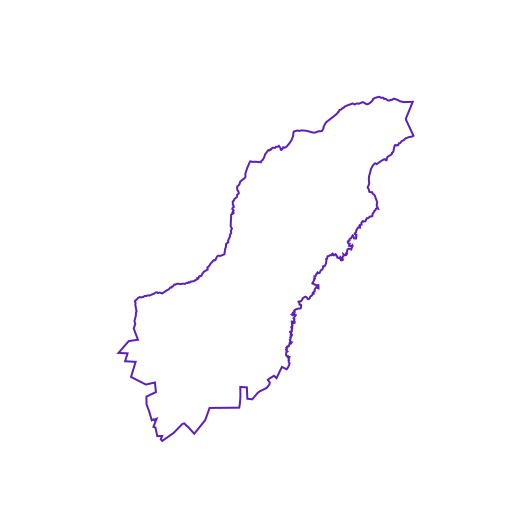 Nyanga, Manicaland, Zimbabwe, rotated 26°
{"feature_id": "62879985B16821678583413", "entity_name": "Nyanga", "entity_type": "district", "adm_level": 2, "iso_a3": "ZWE", "parent_name": "Zimbabwe", "parent_adm1": "Manicaland", "projection": "natural_earth1", "projection_center": [32.82, -17.911], "detail": "fine", "context": "isolated", "style": "outline", "palette": "violet", "viewbox_px": 512, "rotation_deg": 26, "n_neighbors": 0, "source": "geoboundaries", "source_scale": "gbopen_adm2", "svg_char_len": 6112}
<svg xmlns="http://www.w3.org/2000/svg" viewBox="0 0 512 512"><g transform="rotate(26 256 256)"><path d="M184.5,408.0L194.2,403.9L196.7,419.5L213.4,419.8L220.6,414.0L225.7,422.2L219.1,430.4L222.7,437.4L228.2,442.6L234.3,449.4L235.4,447.8L237.0,448.3L236.6,447.4L238.0,445.8L238.7,454.5L240.8,454.3L246.3,461.2L250.5,458.9L250.8,462.5L252.8,463.3L259.5,451.2L263.4,439.4L264.9,437.9L268.6,439.2L269.1,439.1L278.4,442.8L282.3,425.9L280.9,412.9L307.4,399.7L306.2,395.7L303.6,389.2L299.3,380.6L305.4,378.1L310.8,388.1L315.5,386.4L317.4,378.6L318.6,376.1L323.4,369.9L324.4,365.7L323.8,363.6L320.9,362.2L321.3,361.1L324.7,355.7L328.0,356.8L327.9,344.3L333.2,344.4L333.6,342.3L333.5,338.9L333.2,337.8L331.8,336.8L331.1,335.6L331.3,335.1L330.2,334.1L330.5,332.9L330.3,332.1L328.8,332.8L328.5,332.0L327.2,332.4L326.2,331.5L325.4,329.2L326.1,328.1L325.2,327.9L324.9,327.2L324.1,327.0L324.4,326.2L323.4,325.2L323.7,323.9L324.3,324.1L324.4,323.0L325.0,322.6L324.4,319.3L324.8,319.1L325.7,319.4L326.0,317.9L324.3,318.1L323.9,317.1L323.1,316.5L323.4,315.4L323.0,314.4L322.6,314.3L322.7,313.6L322.2,312.7L322.3,312.4L323.0,312.3L323.0,311.2L322.2,310.6L321.6,310.9L321.3,310.0L319.9,309.4L320.0,308.9L320.9,308.7L321.3,307.9L320.4,306.5L320.5,305.7L320.0,304.7L319.4,305.0L318.8,304.5L319.5,303.0L319.3,302.3L318.5,302.1L316.9,299.2L318.3,298.9L318.3,300.3L320.0,299.2L319.5,298.0L318.8,297.8L318.3,297.0L318.2,295.9L317.0,295.5L317.7,291.6L317.2,291.4L316.0,291.7L314.9,293.2L313.8,293.0L314.2,292.4L314.0,290.9L314.8,290.6L315.4,289.5L314.9,288.6L314.3,288.6L314.5,287.4L316.8,284.9L318.7,283.9L319.1,283.0L318.0,280.3L316.4,280.6L315.8,279.2L314.6,278.9L314.2,278.4L316.3,276.7L316.7,274.6L316.5,273.5L318.1,271.0L319.5,270.9L321.5,272.0L322.2,271.7L322.8,270.2L322.5,268.7L323.4,267.3L323.7,265.9L323.3,264.6L324.3,264.4L323.5,262.8L324.2,262.1L323.4,260.3L323.8,257.8L324.2,257.4L325.8,257.9L326.4,257.7L324.8,254.8L322.8,255.9L320.0,255.8L318.9,256.1L318.6,255.8L319.0,255.5L318.7,253.9L318.9,252.6L318.2,250.9L318.8,250.5L317.4,248.6L318.3,248.0L318.1,245.8L318.8,244.7L318.4,244.1L318.5,243.7L319.5,244.1L320.6,243.2L320.5,240.5L321.3,239.3L321.6,237.0L320.8,236.0L322.3,234.5L322.1,231.9L321.2,229.1L320.4,227.9L321.0,227.3L320.4,224.9L321.5,224.1L322.1,222.9L323.1,222.4L323.9,220.2L324.5,220.5L324.5,221.2L324.9,220.8L325.8,221.2L326.7,219.5L327.5,219.7L328.3,220.6L329.2,220.7L329.7,221.7L332.0,221.6L332.2,220.0L333.0,220.5L334.3,222.6L334.8,222.5L335.8,221.3L334.5,220.0L334.3,218.7L334.7,217.3L333.8,216.1L335.3,216.5L336.6,215.6L336.8,214.0L336.7,213.7L335.9,214.0L335.8,211.7L335.3,210.0L336.4,208.6L338.8,208.4L338.4,206.6L338.5,204.7L337.8,204.0L337.2,205.5L335.1,206.0L334.8,203.8L333.5,204.2L332.3,203.2L332.2,202.5L333.3,201.0L332.6,199.9L333.7,198.3L333.8,195.1L334.3,195.2L336.6,197.2L338.2,196.4L337.6,194.2L336.9,193.8L336.9,193.0L335.2,192.9L334.9,192.5L335.5,190.5L334.9,189.2L335.2,185.7L335.6,185.2L337.0,185.0L336.7,184.0L335.6,183.3L335.8,182.4L337.1,181.5L336.2,180.0L336.5,178.1L336.8,177.7L337.5,178.0L339.1,176.8L339.0,173.5L340.2,172.9L341.0,170.7L343.1,169.2L342.3,166.9L342.8,164.4L342.6,163.5L343.2,162.6L343.1,160.9L343.4,160.4L345.0,160.0L342.2,157.5L341.4,154.6L336.0,149.4L333.4,148.7L332.5,147.7L330.7,148.6L329.7,148.6L328.1,146.5L326.5,145.7L326.1,144.8L326.3,143.6L326.0,141.2L324.0,138.0L322.8,135.2L321.2,127.3L321.3,123.7L322.0,121.0L322.7,120.4L324.2,120.5L327.3,114.9L328.7,113.0L329.4,112.5L330.6,113.1L331.3,112.7L330.7,109.4L333.1,105.5L333.4,104.5L333.0,103.5L333.7,102.2L332.2,96.0L332.4,95.3L334.1,95.0L334.3,94.3L335.2,94.0L335.1,92.1L336.2,91.1L336.4,89.2L338.2,86.8L338.7,84.9L341.4,82.0L344.1,80.1L344.8,78.9L331.6,68.2L330.5,67.0L329.3,48.7L321.0,53.1L317.2,53.8L315.1,53.6L310.9,54.2L309.6,56.3L308.6,56.6L308.0,57.7L306.4,58.4L303.7,57.9L302.2,58.7L301.6,58.1L300.4,58.1L299.1,59.0L297.1,58.9L296.5,59.2L293.7,61.7L292.4,63.5L292.6,64.8L292.2,66.5L290.7,69.6L289.4,70.9L288.6,71.1L284.6,70.8L281.6,74.1L279.8,74.6L278.2,76.6L276.1,76.5L272.3,80.3L270.2,82.9L269.9,84.1L269.0,85.2L268.2,87.2L267.0,88.1L267.2,90.1L266.7,90.5L266.6,91.8L265.7,94.3L260.3,105.3L260.1,109.9L260.8,112.5L260.4,114.8L258.9,115.9L257.8,116.2L255.0,119.2L252.7,120.2L247.0,121.2L244.7,122.0L241.9,123.2L239.9,124.7L238.3,125.0L235.5,127.5L235.5,128.6L236.5,131.0L236.9,133.1L237.1,136.1L236.6,140.2L235.5,144.4L234.4,146.0L232.8,146.3L233.0,147.0L232.4,149.6L231.7,149.6L230.8,148.3L228.3,147.0L227.9,148.0L226.1,149.1L225.8,150.4L223.5,151.4L222.9,152.6L223.1,152.5L222.9,153.5L221.9,155.2L220.6,155.5L219.6,160.9L220.1,163.5L220.0,165.8L219.8,167.1L219.2,167.9L219.3,169.6L213.3,171.9L212.2,172.8L209.6,173.3L209.2,173.7L209.5,180.7L210.4,186.8L211.8,189.5L211.6,191.3L210.5,193.0L209.2,196.2L209.7,199.1L208.8,201.5L208.8,202.5L210.3,204.8L212.4,206.2L213.1,207.4L212.3,209.2L212.9,211.5L211.6,214.3L211.8,216.1L211.2,217.1L212.7,220.1L213.6,220.4L214.6,221.8L213.9,222.8L214.1,224.2L215.9,224.8L215.6,226.4L215.8,227.2L216.7,226.8L216.9,227.0L217.0,227.6L215.5,229.5L219.9,239.8L220.7,240.9L222.3,241.8L222.4,244.2L223.6,246.3L223.3,248.4L224.0,249.8L224.2,254.6L225.1,255.7L223.8,258.4L224.9,260.5L225.2,263.2L226.8,268.3L223.9,271.6L222.0,272.2L221.4,273.1L221.1,275.9L221.4,277.1L220.7,278.2L220.0,278.1L219.7,278.6L218.6,282.4L218.1,286.3L217.3,287.5L218.5,289.4L215.9,293.2L216.0,294.0L215.5,295.1L215.6,297.6L215.2,298.4L214.6,298.4L213.9,299.0L214.0,301.5L212.9,301.7L213.3,302.8L212.6,303.5L212.4,304.3L211.7,304.8L211.2,305.9L208.4,307.7L208.0,309.0L206.9,309.1L206.7,309.9L205.4,310.6L204.5,312.1L202.0,313.1L200.9,314.2L197.8,315.2L196.7,316.1L196.2,317.0L195.1,317.4L194.6,319.8L193.9,320.3L193.9,321.4L192.8,321.8L192.4,323.9L190.4,326.7L188.2,330.7L185.4,331.1L184.0,332.3L182.8,332.1L182.0,332.6L181.1,334.2L177.5,338.3L176.1,338.8L174.8,340.1L173.5,340.7L172.6,342.2L170.7,343.7L169.5,343.9L168.3,345.4L167.9,347.6L167.0,348.8L167.2,350.2L168.1,350.6L169.0,352.9L173.0,358.3L172.8,359.1L174.2,362.4L175.2,367.4L175.7,368.4L177.2,369.7L177.9,374.8L186.6,383.0L178.9,388.3L174.9,403.4L183.2,399.8L184.5,408.0Z" fill="none" stroke="#5b21b6" stroke-width="2"/></g></svg>